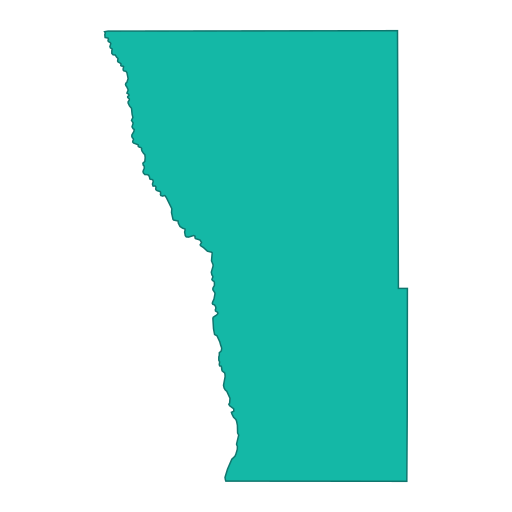 Wilkin, Minnesota, United States of America
{"feature_id": "52423323B40322351115851", "entity_name": "Wilkin", "entity_type": "district", "adm_level": 2, "iso_a3": "USA", "parent_name": "United States of America", "parent_adm1": "Minnesota", "projection": "natural_earth1", "projection_center": [-96.658, 46.326], "detail": "fine", "context": "isolated", "style": "filled", "palette": "teal", "viewbox_px": 512, "rotation_deg": 0, "n_neighbors": 0, "source": "geoboundaries", "source_scale": "gbopen_adm2", "svg_char_len": 3066}
<svg xmlns="http://www.w3.org/2000/svg" viewBox="0 0 512 512"><path d="M225.8,481.1L406.8,481.3L407.2,416.9L407.4,288.4L398.4,288.4L397.5,30.7L108.0,31.1L104.6,31.7L105.0,32.3L105.2,33.3L104.8,34.7L105.1,37.5L108.0,38.1L108.5,39.2L108.0,40.2L108.3,41.5L110.3,42.6L110.8,43.6L109.9,46.6L110.4,47.9L112.0,48.8L112.2,49.2L111.8,50.7L111.8,52.4L111.8,53.4L113.1,54.8L115.2,55.0L116.8,57.4L117.5,57.9L118.0,58.6L117.6,61.0L118.0,61.9L120.2,63.1L121.0,63.9L120.8,65.6L121.7,66.1L123.2,66.2L123.6,66.6L123.1,69.0L123.2,70.1L123.9,70.9L125.9,71.3L126.9,72.6L128.1,78.6L126.8,82.5L125.9,83.1L125.5,84.4L125.9,85.7L126.7,86.7L128.0,89.4L128.1,90.3L126.9,93.1L128.6,94.2L129.0,95.1L128.9,95.6L127.7,96.5L127.7,97.0L127.7,97.5L129.3,98.9L129.3,100.1L128.1,101.8L128.1,103.0L129.5,105.9L131.5,108.3L132.1,114.3L132.9,117.4L131.5,120.4L133.0,122.7L133.0,123.7L132.0,126.8L133.2,128.9L134.3,129.4L133.8,131.6L131.9,134.9L131.8,136.3L132.3,137.7L133.2,138.5L133.5,139.3L132.8,141.1L132.7,142.0L133.5,143.0L138.2,144.8L138.3,146.5L139.5,147.2L140.8,147.5L141.3,148.0L141.7,148.5L141.5,149.5L142.0,151.0L143.7,153.6L144.8,154.5L145.2,157.6L144.8,161.5L143.1,162.9L142.9,163.5L143.3,165.3L143.9,165.7L144.2,166.4L144.3,168.3L143.4,170.2L143.0,171.7L143.4,173.0L144.9,174.6L147.0,174.6L148.6,175.2L149.5,177.1L149.8,178.9L150.3,179.3L152.1,179.5L152.9,180.1L153.2,181.7L152.5,183.7L152.5,184.5L153.1,186.1L155.1,186.0L155.7,186.5L156.0,187.6L155.7,188.8L155.9,189.7L157.2,190.7L160.3,191.6L160.7,193.2L160.4,194.3L160.8,195.5L162.7,196.1L164.4,195.5L165.1,195.8L166.4,197.7L171.8,208.7L171.5,212.6L173.0,219.4L173.7,220.1L178.1,221.0L178.3,223.1L180.0,226.5L182.6,228.2L185.0,229.0L185.1,230.1L184.6,232.0L185.3,235.7L186.3,236.9L188.6,237.1L193.7,235.5L195.1,236.3L195.0,237.9L195.5,238.6L200.0,240.0L201.5,242.5L200.2,244.7L200.5,245.6L203.5,247.6L207.4,251.2L211.5,252.2L212.2,252.8L211.5,260.8L213.0,264.5L213.1,266.0L211.3,272.2L211.9,274.9L212.6,275.9L212.9,276.9L211.9,279.4L212.5,280.5L213.9,281.3L214.4,282.3L214.4,285.5L213.1,287.7L212.8,289.0L213.0,290.0L214.7,292.5L215.0,293.6L214.0,299.0L212.6,302.1L212.3,303.3L212.8,304.3L214.5,304.9L215.3,306.1L215.8,307.3L215.8,308.6L215.3,309.8L215.5,311.0L216.5,311.7L217.4,312.1L217.7,312.6L217.9,313.2L217.7,313.8L217.3,314.3L216.5,315.1L215.5,315.7L213.2,317.3L212.9,318.4L213.5,328.7L214.6,334.5L217.0,335.8L219.8,341.9L220.9,346.0L221.2,346.2L221.7,348.5L221.3,350.7L220.9,351.3L219.3,352.7L219.3,355.3L218.8,356.9L218.8,360.2L219.4,361.4L219.6,362.0L219.5,363.1L219.3,364.0L219.3,364.8L219.5,365.4L219.8,366.0L220.5,366.0L221.2,366.2L221.8,368.4L221.6,368.8L222.1,370.8L223.5,372.0L224.6,372.8L225.0,374.5L225.1,376.8L223.5,385.3L224.1,388.0L225.3,390.0L226.8,391.3L230.0,398.3L229.6,403.2L228.8,404.2L229.6,405.7L233.7,408.8L233.8,411.2L231.4,412.3L232.1,414.4L233.6,417.3L235.9,419.5L236.6,421.4L237.4,425.3L237.6,433.0L238.7,435.1L236.6,443.9L236.6,444.6L237.4,446.3L237.3,449.3L235.9,454.1L234.9,456.3L231.8,459.2L227.5,469.2L225.0,477.4L225.4,479.8L225.8,481.1Z" fill="#14b8a6" stroke="#0f766e" stroke-width="1.5"/></svg>